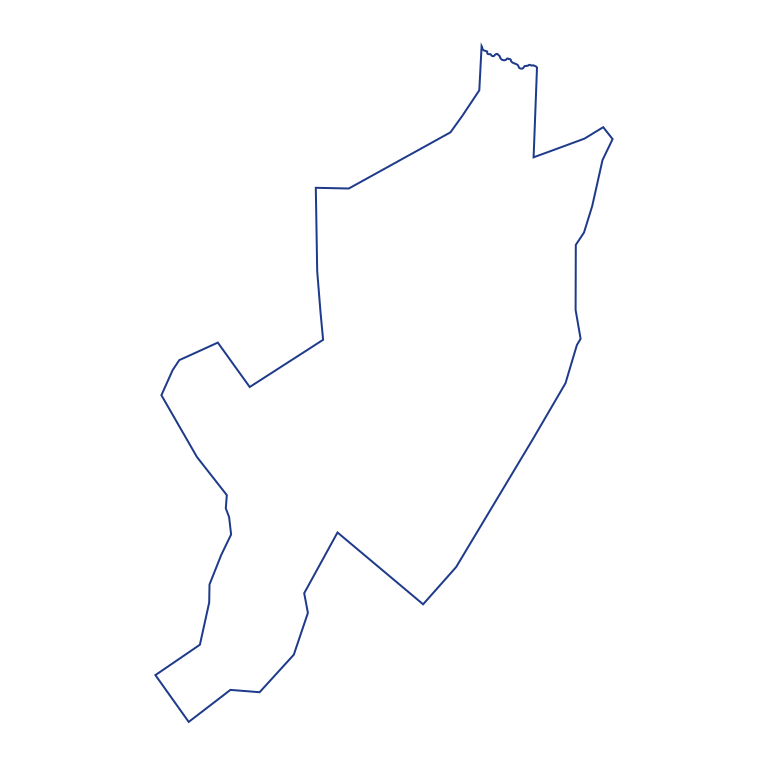 the district of Su'mber, Dornogovi, Mongolia
{"feature_id": "93677404B97636792882766", "entity_name": "Su'mber", "entity_type": "district", "adm_level": 2, "iso_a3": "MNG", "parent_name": "Mongolia", "parent_adm1": "Dornogovi", "projection": "mercator", "projection_center": [108.779, 46.503], "detail": "fine", "context": "isolated", "style": "outline", "palette": "blue", "viewbox_px": 768, "rotation_deg": 0, "n_neighbors": 0, "source": "geoboundaries", "source_scale": "gbopen_adm2", "svg_char_len": 1492}
<svg xmlns="http://www.w3.org/2000/svg" viewBox="0 0 768 768"><path d="M315.8,187.8L317.2,271.3L320.6,313.3L323.1,339.8L249.7,387.0L217.8,342.6L179.3,360.1L172.7,370.0L161.4,395.2L197.0,457.1L226.8,495.1L225.8,508.4L229.1,517.1L231.1,534.5L221.2,555.0L209.5,584.5L209.2,602.5L199.9,644.7L155.4,675.1L188.7,721.9L230.4,689.9L259.6,692.2L293.8,654.7L307.9,612.9L304.2,593.2L337.5,532.5L423.1,604.3L456.1,567.1L532.7,439.4L565.5,383.2L576.9,345.0L580.6,338.8L575.6,309.9L575.8,244.9L584.0,232.5L592.2,206.1L602.5,160.1L612.6,139.1L603.2,127.2L584.5,138.6L533.6,157.3L537.0,67.5L536.3,66.7L535.2,66.1L533.3,65.3L532.8,65.3L532.2,65.6L531.7,65.6L530.3,65.0L529.7,64.8L529.2,64.9L528.4,65.3L528.0,65.7L527.7,65.8L527.0,65.7L526.2,66.1L525.2,66.0L524.7,66.1L524.3,66.5L523.5,67.7L522.7,68.4L522.1,68.7L521.0,68.6L519.7,68.2L519.1,67.8L518.4,66.1L517.8,65.1L517.3,64.7L515.6,63.8L513.7,63.2L512.2,62.4L511.1,61.1L511.0,60.7L510.8,59.9L510.1,59.1L509.5,59.1L509.0,59.1L508.6,59.0L507.9,58.5L507.2,58.5L506.8,58.9L506.0,59.8L504.9,60.2L503.5,60.2L502.0,59.8L501.1,59.0L500.3,58.0L499.9,56.6L499.4,55.8L498.3,54.9L497.5,54.1L496.8,53.9L496.1,54.1L495.2,54.6L494.3,55.7L493.6,56.1L492.6,56.1L491.8,55.8L491.3,55.2L490.8,54.5L490.1,54.1L488.9,54.2L488.2,54.1L487.6,53.8L487.3,53.3L487.2,52.8L487.2,52.1L487.1,51.5L486.4,51.2L485.5,50.9L483.8,50.4L483.0,49.8L482.6,49.2L482.1,47.1L481.6,46.1L479.3,90.3L462.4,115.7L450.5,132.3L348.8,188.5L315.8,187.8Z" fill="none" stroke="#1e3a8a" stroke-width="2"/></svg>